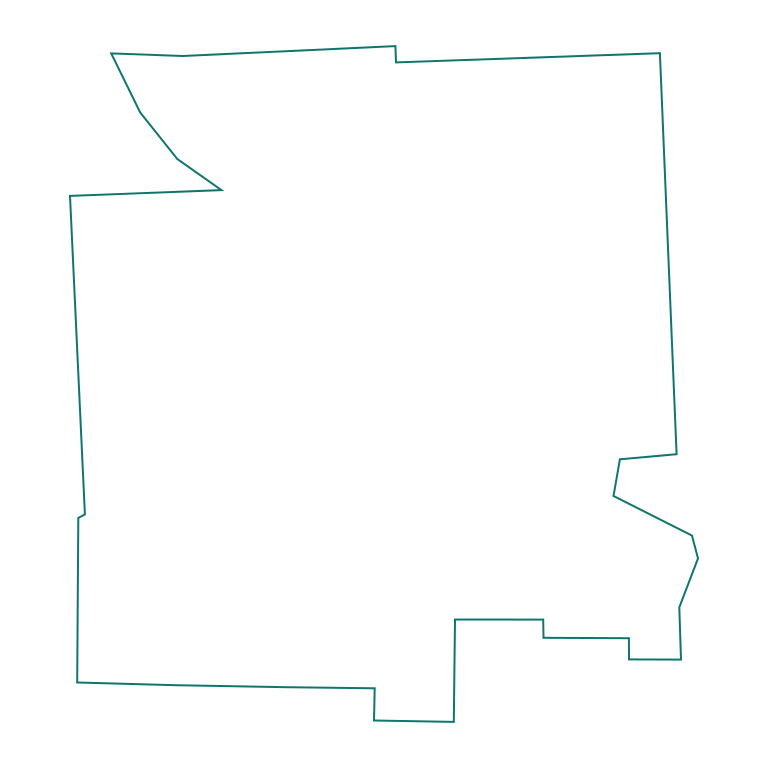 outline of Tompkins, New York, United States of America
{"feature_id": "52423323B63267759277093", "entity_name": "Tompkins", "entity_type": "district", "adm_level": 2, "iso_a3": "USA", "parent_name": "United States of America", "parent_adm1": "New York", "projection": "mercator", "projection_center": [-76.461, 42.445], "detail": "fine", "context": "isolated", "style": "outline", "palette": "teal", "viewbox_px": 768, "rotation_deg": 0, "n_neighbors": 0, "source": "geoboundaries", "source_scale": "gbopen_adm2", "svg_char_len": 477}
<svg xmlns="http://www.w3.org/2000/svg" viewBox="0 0 768 768"><path d="M70.0,195.9L84.9,514.4L78.3,517.9L77.2,682.5L175.8,685.2L286.6,687.2L374.7,688.3L374.0,720.5L453.8,721.9L455.0,619.5L543.2,619.6L543.5,637.8L628.9,638.2L629.0,659.4L681.0,659.6L679.3,607.4L698.0,558.4L692.0,535.6L613.5,496.0L619.9,459.3L676.6,454.2L659.9,53.2L396.0,62.4L395.4,46.1L182.7,56.0L111.2,53.4L140.2,112.5L177.3,159.0L221.4,190.1L70.0,195.9Z" fill="none" stroke="#0f766e" stroke-width="2"/></svg>